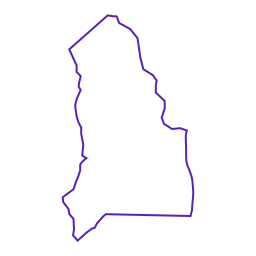 outline of Lamaze, Choiseul, Saint Lucia
{"feature_id": "8701671B134536261517", "entity_name": "Lamaze", "entity_type": "district", "adm_level": 2, "iso_a3": "LCA", "parent_name": "Saint Lucia", "parent_adm1": "Choiseul", "projection": "orthographic", "projection_center": [-61.019, 13.807], "detail": "fine", "context": "isolated", "style": "outline", "palette": "violet", "viewbox_px": 256, "rotation_deg": 0, "n_neighbors": 0, "source": "geoboundaries", "source_scale": "gbopen_adm2", "svg_char_len": 1445}
<svg xmlns="http://www.w3.org/2000/svg" viewBox="0 0 256 256"><path d="M116.5,16.3L113.7,16.3L107.7,15.4L69.3,49.3L69.4,49.7L76.6,65.5L76.6,71.9L80.7,76.1L80.3,77.8L79.2,82.5L78.6,86.7L80.2,89.1L80.7,89.9L78.6,94.7L76.6,99.4L75.1,105.7L76.6,116.3L78.6,122.7L81.2,127.4L81.2,133.8L81.5,135.2L83.3,144.9L82.8,149.6L82.2,155.5L84.9,157.2L86.4,158.1L84.6,159.7L82.2,161.8L81.1,163.3L80.2,164.5L80.2,170.3L79.2,173.5L78.1,176.6L77.6,178.0L76.4,180.8L75.6,183.0L73.5,189.3L68.4,193.0L62.7,197.3L63.2,202.0L68.4,208.9L69.4,214.2L73.5,218.9L74.0,229.5L73.1,234.9L73.0,235.3L77.6,240.6L86.4,232.7L92.0,228.5L94.6,227.9L97.1,223.2L103.3,216.3L105.9,214.2L190.5,216.0L190.7,215.4L191.3,212.7L191.6,211.7L191.9,210.6L192.1,209.8L192.1,207.9L192.2,207.6L192.3,205.8L192.4,204.3L192.4,203.3L192.6,201.8L192.7,200.9L192.8,199.7L192.9,198.5L193.3,192.8L193.0,188.0L192.3,180.0L191.3,175.6L190.8,174.2L190.3,172.7L189.7,171.1L189.2,169.7L188.8,168.7L187.6,166.3L187.5,166.0L187.2,164.3L186.6,162.0L186.3,160.6L186.3,160.4L186.2,158.7L186.2,157.4L186.1,156.4L186.1,153.9L186.1,152.7L186.1,147.7L186.0,145.9L186.0,145.0L185.8,140.0L185.8,138.9L185.8,136.3L185.9,134.7L186.2,133.2L186.4,132.2L186.7,131.2L186.9,130.5L180.1,128.2L172.0,129.0L163.9,123.7L161.7,117.6L164.7,108.5L164.7,101.0L155.8,92.6L155.8,85.8L156.6,80.5L152.9,75.2L143.3,69.2L140.4,57.8L137.5,38.1L130.1,29.0L119.1,23.0L116.9,16.9L116.5,16.3Z" fill="none" stroke="#5b21b6" stroke-width="2"/></svg>